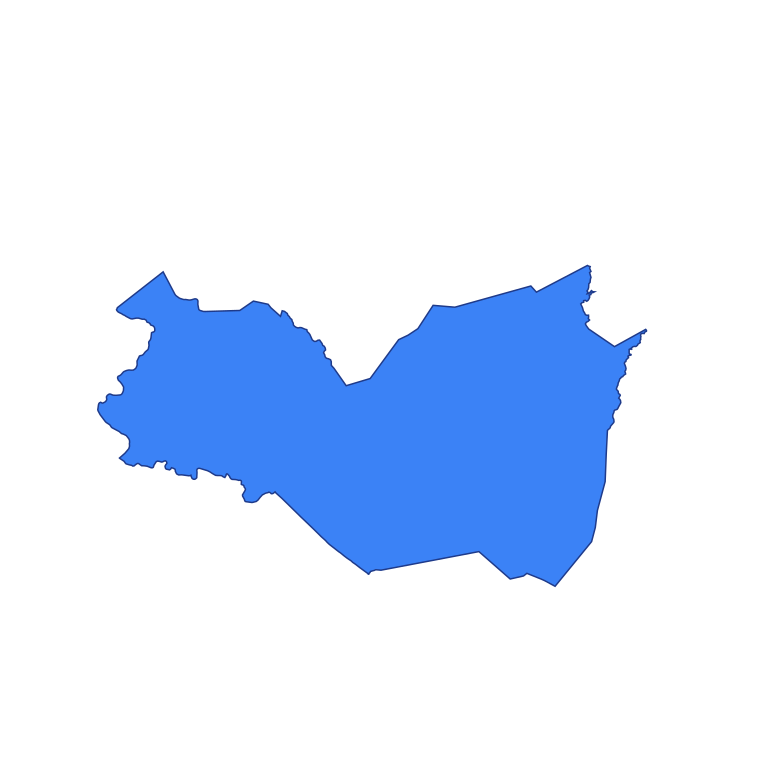 the district of Goh, Fromager, Ivory Coast, rotated 216°
{"feature_id": "98640826B83650084589555", "entity_name": "Goh", "entity_type": "district", "adm_level": 2, "iso_a3": "CIV", "parent_name": "Ivory Coast", "parent_adm1": "Fromager", "projection": "orthographic", "projection_center": [-5.701, 6.152], "detail": "fine", "context": "isolated", "style": "filled", "palette": "blue", "viewbox_px": 768, "rotation_deg": 216, "n_neighbors": 0, "source": "geoboundaries", "source_scale": "gbopen_adm2", "svg_char_len": 6159}
<svg xmlns="http://www.w3.org/2000/svg" viewBox="0 0 768 768"><g transform="rotate(216 384 384)"><path d="M644.6,289.0L644.3,288.3L644.1,286.9L643.3,286.4L641.4,286.0L639.2,286.3L637.9,286.6L635.8,286.7L634.0,287.1L632.5,287.1L628.4,287.7L627.4,287.9L626.0,288.6L623.1,291.7L621.3,293.0L617.7,294.3L615.9,295.6L613.8,295.8L612.3,294.8L611.5,294.9L610.6,295.4L609.6,295.3L608.9,295.4L607.6,294.6L605.7,295.1L604.6,295.3L603.7,295.1L602.7,294.6L601.8,293.8L600.8,292.4L600.7,291.6L601.1,290.4L601.8,289.8L602.2,288.8L599.9,284.8L599.3,283.5L599.0,282.0L599.1,280.4L599.0,279.7L598.7,279.2L596.8,277.1L595.4,274.1L595.2,273.0L596.0,269.7L596.1,266.3L596.6,265.0L597.8,263.7L598.3,262.9L597.3,257.4L594.8,254.2L594.1,251.5L594.1,250.5L594.6,248.9L595.0,247.9L596.6,246.6L598.3,245.6L599.0,245.0L600.3,243.5L601.6,241.4L601.9,240.6L602.2,237.2L602.5,236.0L603.6,233.9L603.5,232.9L602.9,232.1L601.1,230.9L598.6,230.6L596.1,229.9L592.9,228.5L591.1,225.8L590.7,224.8L590.2,222.3L590.5,220.8L591.0,220.1L593.6,217.8L596.1,216.0L597.4,215.5L599.2,215.1L600.1,214.6L600.5,214.1L600.8,213.4L601.2,212.1L601.1,210.7L600.5,209.8L599.3,208.7L599.1,208.2L598.9,206.6L599.2,205.3L600.2,203.4L600.8,202.9L602.5,202.7L602.8,202.1L603.1,201.6L603.2,200.7L602.8,199.4L600.4,194.9L599.5,194.2L595.6,192.3L587.4,189.8L586.1,189.6L582.2,189.8L581.5,189.7L579.0,188.8L578.1,188.8L570.3,189.9L567.3,189.6L565.2,190.3L562.2,190.8L559.6,190.1L557.7,189.4L556.8,188.8L555.6,187.4L555.0,186.2L553.3,184.1L552.5,181.9L552.5,181.0L552.9,175.7L554.5,168.6L553.9,168.5L548.9,168.7L546.5,167.9L545.7,167.8L542.5,168.9L540.3,169.9L539.1,169.9L538.1,170.7L537.4,173.3L537.0,174.3L536.5,175.0L535.7,175.4L532.1,175.4L529.7,177.0L527.2,178.3L523.3,179.3L522.4,179.8L521.9,180.4L521.7,181.1L522.4,183.3L522.6,187.2L522.0,188.4L520.4,189.3L518.1,190.1L517.3,190.9L516.6,192.3L515.8,193.3L514.6,193.4L513.9,193.1L513.0,192.1L513.1,190.3L513.0,189.4L512.7,188.6L511.4,187.5L510.8,187.2L510.0,187.2L507.0,188.5L506.6,189.7L506.7,191.4L504.8,192.0L502.9,192.2L502.2,191.6L501.6,190.8L499.2,189.5L498.4,189.4L497.5,189.6L496.7,189.7L494.3,191.6L488.0,195.0L487.0,195.9L486.6,196.7L485.7,195.9L484.0,194.9L483.1,194.8L482.1,195.0L481.2,195.6L480.8,196.2L480.5,197.3L480.4,198.1L483.2,202.4L484.9,204.4L485.1,205.3L484.9,206.2L484.1,207.1L483.4,207.5L475.9,210.1L473.1,210.6L470.3,210.7L466.6,211.1L464.9,212.1L463.1,213.4L461.8,214.2L461.1,214.4L459.5,214.4L457.8,214.8L458.0,217.1L458.4,217.7L458.5,218.7L457.7,219.2L454.6,218.5L453.8,217.9L452.3,217.4L450.9,217.5L447.8,219.5L446.0,220.3L445.1,220.5L443.8,221.6L442.8,221.8L441.9,221.2L440.6,219.0L439.6,219.0L438.8,219.4L437.7,219.4L436.5,218.4L434.8,217.9L434.2,217.4L433.8,216.1L433.3,211.1L432.5,210.2L429.1,208.6L428.6,208.1L427.3,207.4L426.6,207.6L421.2,210.5L420.6,211.1L418.3,213.9L417.7,216.1L417.6,219.4L417.2,223.0L416.6,223.9L416.0,225.4L415.2,226.6L414.0,227.9L413.7,228.7L412.6,229.2L410.7,229.0L409.6,229.9L409.2,230.8L408.7,232.7L407.3,232.3L399.5,231.5L373.2,227.6L356.2,225.3L345.0,223.6L339.3,223.0L337.0,222.5L333.9,222.1L321.8,221.7L320.3,221.8L315.3,221.5L311.1,221.4L306.5,221.6L304.6,221.3L301.2,221.4L295.7,221.2L286.2,221.2L285.2,221.1L284.9,220.9L284.5,221.3L284.8,222.3L284.5,223.2L284.7,224.0L284.6,224.7L284.0,225.3L283.4,226.2L282.4,227.3L281.5,228.9L277.0,231.6L208.7,304.2L167.3,300.4L158.3,310.7L157.1,314.8L142.0,318.6L138.6,319.3L126.7,320.9L123.4,378.5L128.7,392.1L137.0,407.1L147.7,435.0L163.0,457.9L175.9,477.7L175.8,479.2L175.3,480.6L175.4,481.7L175.9,483.2L175.5,487.9L175.9,488.9L177.4,490.5L179.4,491.6L180.1,492.6L180.8,493.6L181.3,496.0L182.1,497.8L182.0,498.4L180.5,500.5L180.5,502.0L180.7,502.7L181.4,508.0L182.9,509.6L184.1,510.2L185.8,510.5L186.2,513.7L187.0,514.2L188.2,514.1L188.9,514.3L190.3,515.8L191.9,516.1L192.9,516.4L193.3,517.1L194.0,519.5L194.0,520.3L195.2,522.7L195.5,524.6L196.3,526.7L195.9,528.0L196.1,528.5L195.8,529.4L195.2,530.2L195.2,531.8L194.4,534.1L195.2,534.9L196.3,535.5L196.6,536.3L196.6,537.3L197.3,538.8L199.2,540.4L201.6,541.9L201.9,542.4L202.0,543.5L201.6,544.1L201.6,544.6L202.2,545.6L202.2,546.1L201.9,548.2L201.6,549.0L203.0,549.9L202.8,550.6L201.4,552.3L201.2,552.8L201.5,553.1L202.0,553.0L202.1,552.4L202.6,552.2L203.1,552.5L204.0,553.3L206.0,556.1L205.5,557.0L204.4,557.3L204.2,557.8L204.7,557.8L205.1,558.1L204.6,560.3L203.7,561.5L202.4,562.3L202.1,562.8L201.7,564.4L202.0,565.4L201.0,568.1L201.9,568.9L202.3,569.5L202.5,570.1L202.4,570.8L203.5,572.2L204.1,573.5L205.1,574.2L205.4,574.8L205.5,575.7L204.6,576.9L203.2,577.7L203.5,579.4L202.7,580.9L203.2,581.7L204.4,582.0L219.5,549.7L250.7,548.8L254.7,550.1L256.4,551.0L256.6,552.9L255.7,554.6L255.3,556.6L257.2,557.0L257.9,558.6L259.0,559.9L260.3,558.8L261.9,558.5L263.6,559.5L265.5,560.2L268.4,562.5L271.9,564.4L271.6,566.2L270.5,567.5L271.5,568.8L270.3,570.0L268.6,570.1L268.1,571.6L268.2,573.5L268.7,575.3L270.2,576.5L269.2,577.9L269.8,579.5L268.7,580.7L267.9,582.3L269.4,581.4L271.1,581.5L271.4,577.9L272.7,576.4L272.9,578.1L274.5,578.6L274.5,580.3L275.1,582.2L277.2,585.5L277.0,587.3L278.7,590.3L279.2,591.9L283.2,595.0L282.7,596.7L285.7,598.5L286.2,600.2L287.9,599.6L289.1,599.5L314.7,547.9L322.8,549.6L371.8,487.8L390.5,476.5L389.1,448.7L393.2,437.7L398.2,428.5L398.4,380.3L413.6,360.4L433.7,367.3L437.5,368.1L438.7,369.6L439.8,371.1L441.5,372.2L443.7,371.8L445.7,371.0L447.6,371.4L449.3,372.9L451.2,373.7L451.6,375.4L451.3,377.2L452.6,378.5L454.5,379.4L456.2,379.2L458.0,380.4L461.9,381.7L463.2,380.6L464.0,378.6L465.5,377.5L467.9,377.5L473.1,380.5L474.8,381.0L476.9,381.3L478.4,382.6L480.1,381.9L483.8,381.1L485.2,380.3L486.5,378.8L488.4,378.2L490.3,378.1L492.0,378.5L493.2,379.9L495.1,380.8L496.5,382.0L498.5,382.1L500.3,382.9L502.1,383.1L503.7,384.2L505.4,384.2L507.1,384.3L509.4,383.4L507.5,377.9L520.3,379.2L524.6,380.4L538.4,374.3L543.9,358.7L571.2,337.6L572.8,336.5L576.0,335.4L576.8,335.3L577.7,335.5L581.4,339.0L583.3,341.8L584.1,342.3L584.7,342.5L585.5,342.5L586.4,342.2L587.2,341.6L589.4,338.8L590.5,337.7L591.5,337.1L594.1,335.8L595.4,334.8L596.2,334.4L599.2,333.4L600.3,333.2L603.6,333.2L604.7,333.3L605.9,333.7L628.6,344.9L644.6,289.0Z" fill="#3b82f6" stroke="#1e3a8a" stroke-width="1.5"/></g></svg>